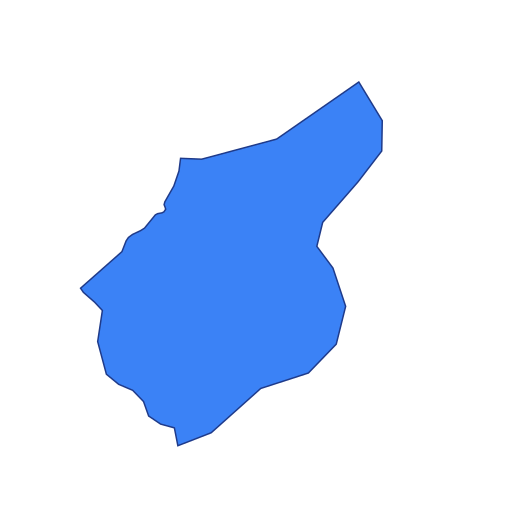 SVG path tracing the border of Düzce, rotated 320°
{"feature_id": "TUR-5519", "entity_name": "Düzce", "entity_type": "Province", "adm_level": 1, "iso_a3": "TUR", "parent_name": "Turkey", "parent_adm1": "", "projection": "natural_earth1", "projection_center": [31.197, 40.911], "detail": "fine", "context": "isolated", "style": "filled", "palette": "blue", "viewbox_px": 512, "rotation_deg": 320, "n_neighbors": 0, "source": "natural_earth", "source_scale": "10m", "svg_char_len": 702}
<svg xmlns="http://www.w3.org/2000/svg" viewBox="0 0 512 512"><g transform="rotate(320 256 256)"><path d="M100.9,167.9L156.1,166.5L166.3,160.9L170.2,159.8L175.2,160.1L184.0,162.4L188.5,163.0L205.3,159.8L207.8,160.3L211.7,162.5L213.8,163.0L216.9,162.1L217.8,160.0L218.6,157.6L221.0,155.9L238.0,149.6L251.6,141.4L261.0,132.7L276.6,146.9L347.0,179.7L446.6,188.8L439.7,233.5L419.8,256.4L381.7,264.8L328.7,273.1L308.8,287.7L307.2,314.7L292.3,352.2L260.8,375.1L220.9,379.3L174.5,360.5L108.1,362.6L74.2,351.1L83.0,335.2L74.9,323.5L70.9,309.6L76.3,295.2L75.2,279.6L68.3,266.0L65.4,250.4L79.7,219.8L103.3,199.0L102.7,187.7L100.4,173.0L100.9,167.9Z" fill="#3b82f6" stroke="#1e3a8a" stroke-width="1.5"/></g></svg>